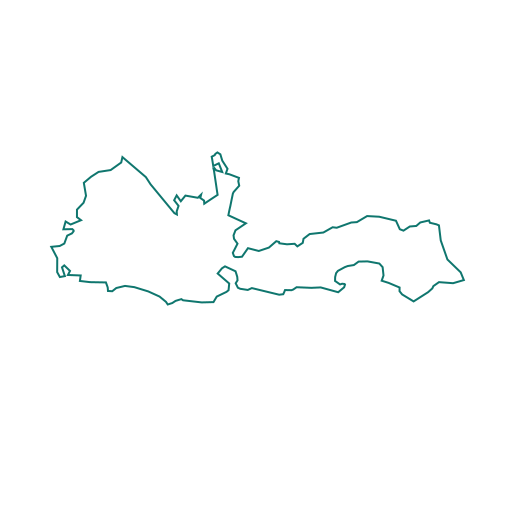 the district of Charleston, South Carolina, United States of America, rotated 36°
{"feature_id": "52423323B18388852349045", "entity_name": "Charleston", "entity_type": "district", "adm_level": 2, "iso_a3": "USA", "parent_name": "United States of America", "parent_adm1": "South Carolina", "projection": "robinson", "projection_center": [-79.938, 32.854], "detail": "fine", "context": "isolated", "style": "outline", "palette": "teal", "viewbox_px": 512, "rotation_deg": 36, "n_neighbors": 0, "source": "geoboundaries", "source_scale": "gbopen_adm2", "svg_char_len": 2625}
<svg xmlns="http://www.w3.org/2000/svg" viewBox="0 0 512 512"><g transform="rotate(36 256 256)"><path d="M89.8,254.5L92.0,259.6L87.9,271.9L79.2,280.5L76.0,288.8L73.7,298.0L83.1,307.2L85.2,314.3L83.9,323.7L88.3,329.8L93.4,329.9L87.5,339.5L81.7,340.0L84.5,347.6L91.6,342.2L93.4,342.5L93.9,343.2L93.8,345.9L91.3,350.5L93.6,358.6L91.3,363.3L85.0,368.9L96.5,374.6L104.6,385.9L109.7,388.3L113.2,384.6L105.7,379.2L106.4,376.3L114.3,377.4L115.0,381.9L125.6,374.8L128.2,379.7L136.4,375.1L137.4,374.5L150.1,365.6L153.8,368.1L154.7,368.8L156.8,371.3L160.4,369.0L161.8,364.0L167.6,357.2L175.9,352.7L189.6,348.0L201.8,345.5L210.1,346.0L213.1,347.1L215.9,343.3L217.3,339.6L220.9,334.8L223.0,334.7L239.3,325.5L248.7,318.3L248.1,311.9L253.2,302.4L253.9,299.8L250.5,294.0L244.6,293.5L235.3,292.7L235.5,289.5L235.7,286.0L237.0,282.6L248.4,280.4L250.6,282.0L253.1,283.9L255.4,286.6L255.4,287.1L255.6,290.0L260.0,292.3L262.5,291.8L269.3,288.3L271.5,284.4L297.5,273.7L300.5,270.9L300.0,268.4L299.5,266.5L304.8,262.8L305.8,261.3L307.2,257.4L319.4,249.3L326.8,243.4L343.8,237.0L345.7,229.5L344.8,226.8L344.1,226.6L342.0,227.8L340.7,229.6L334.6,229.7L332.4,226.5L330.9,222.8L331.0,219.9L334.4,212.8L336.1,210.2L340.5,205.8L342.3,200.2L349.4,194.8L360.2,189.6L365.0,190.6L370.6,196.8L372.2,202.1L379.1,199.8L390.7,197.1L392.8,200.1L396.8,201.2L410.2,200.1L416.5,184.1L417.7,178.6L417.2,176.1L419.4,169.6L431.2,162.3L431.4,162.2L438.3,153.3L431.2,148.9L412.9,146.3L396.3,134.8L386.0,123.7L383.4,124.3L377.1,126.9L375.1,125.5L369.2,132.3L368.0,137.5L363.1,141.7L360.4,148.8L356.6,149.8L348.5,145.2L332.6,151.8L322.4,158.4L317.7,169.3L313.4,172.9L304.7,185.7L301.1,187.7L296.7,197.4L286.5,206.7L284.3,214.1L286.1,217.9L283.8,223.9L280.1,223.4L274.2,228.3L267.4,232.0L266.4,231.1L263.7,232.1L261.5,241.6L255.3,250.3L244.9,254.4L245.1,264.8L242.2,267.4L239.7,269.0L238.2,269.0L235.4,267.1L233.8,256.9L228.1,255.0L225.7,252.5L224.3,247.3L228.6,235.5L217.7,237.7L215.1,238.2L209.7,239.3L208.0,235.6L206.2,231.5L206.2,231.4L202.9,224.2L202.1,222.4L200.6,219.1L200.3,217.4L201.1,209.0L197.7,205.9L196.3,202.8L186.5,205.5L183.1,207.0L181.7,202.2L172.7,198.7L167.4,194.7L163.9,194.9L163.1,197.3L163.3,198.7L161.8,201.7L164.2,204.0L168.5,208.3L171.4,202.9L179.3,207.9L173.4,210.1L170.8,209.4L170.7,209.7L170.4,209.5L170.0,210.1L171.7,211.5L182.4,222.4L185.9,226.0L187.1,227.2L189.0,229.1L185.9,237.3L183.4,244.1L181.4,241.7L176.8,241.8L175.5,238.6L174.7,243.1L163.4,248.6L163.0,255.9L156.2,253.6L157.0,259.0L163.9,261.0L165.6,266.5L167.6,268.9L164.8,269.3L128.6,260.0L123.4,258.0L120.5,256.9L89.8,254.5Z" fill="none" stroke="#0f766e" stroke-width="2"/></g></svg>